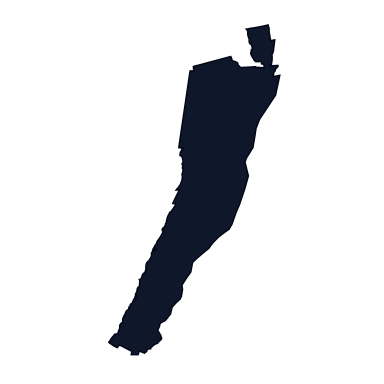 outline of Tifesti, Vrancea, Romania, rotated 256°
{"feature_id": "2599482B98306126779163", "entity_name": "Tifesti", "entity_type": "district", "adm_level": 2, "iso_a3": "ROU", "parent_name": "Romania", "parent_adm1": "Vrancea", "projection": "orthographic", "projection_center": [27.087, 45.862], "detail": "fine", "context": "isolated", "style": "filled", "palette": "ink", "viewbox_px": 384, "rotation_deg": 256, "n_neighbors": 0, "source": "geoboundaries", "source_scale": "gbopen_adm2", "svg_char_len": 5887}
<svg xmlns="http://www.w3.org/2000/svg" viewBox="0 0 384 384"><g transform="rotate(256 192 192)"><path d="M284.0,305.4L284.2,298.5L284.7,298.9L286.0,299.5L287.6,300.0L288.2,300.3L288.5,300.7L288.8,301.4L289.7,302.0L290.8,302.5L293.1,305.9L294.0,306.0L295.5,298.4L296.2,298.7L296.2,299.6L298.1,300.6L300.3,301.4L301.2,301.9L302.5,302.0L303.9,302.6L304.7,302.5L305.8,302.7L306.5,303.5L307.4,303.8L308.4,304.8L319.6,309.1L319.8,304.9L328.9,305.6L332.9,306.5L334.1,306.0L335.5,306.4L335.7,306.2L335.7,302.0L336.2,293.1L336.6,289.1L336.9,284.0L335.0,285.0L333.1,284.7L331.8,284.2L328.2,284.2L326.5,284.5L324.5,283.9L323.6,283.8L322.8,283.8L322.2,283.9L320.9,284.9L320.4,285.2L319.2,285.4L318.0,285.3L317.8,285.4L317.7,285.6L317.2,285.6L316.2,285.2L316.0,284.2L312.0,282.4L309.6,282.9L307.5,283.4L307.5,283.6L306.5,283.9L306.0,283.9L304.4,284.4L303.2,285.3L302.8,286.3L302.4,287.8L302.3,289.8L301.9,290.5L301.6,290.6L299.5,290.5L299.2,290.9L299.0,292.2L298.7,292.2L298.6,292.5L295.4,292.4L295.4,292.1L295.6,290.7L296.1,288.3L296.4,288.1L297.0,286.2L297.0,285.7L297.2,284.7L297.2,283.9L297.3,283.8L298.2,284.0L300.2,273.0L300.3,273.0L300.5,271.9L300.6,271.4L300.7,270.3L300.9,269.3L301.0,269.1L301.6,269.0L303.6,267.7L304.3,267.4L306.0,267.5L306.4,267.3L307.1,266.8L307.6,265.9L307.9,265.7L308.5,264.6L309.0,264.1L309.4,263.3L309.7,262.9L309.9,262.8L311.8,262.7L313.0,262.7L314.1,262.3L313.5,229.1L313.6,224.9L313.3,224.9L313.2,223.6L310.8,223.3L310.1,223.4L309.5,223.6L309.0,223.7L309.9,219.4L238.3,189.9L237.7,191.1L237.4,192.0L236.8,193.4L236.6,193.7L235.8,192.6L234.7,191.6L233.8,190.9L233.4,190.4L232.5,189.9L231.4,189.6L230.8,189.1L230.2,189.3L229.7,189.8L229.3,190.5L228.9,190.7L226.8,191.0L225.8,190.8L224.1,190.8L223.5,190.7L222.8,190.3L222.0,189.3L220.2,189.2L219.4,189.3L218.7,189.2L217.8,188.4L217.1,188.5L215.3,188.9L215.1,188.6L214.6,188.2L214.1,188.1L212.9,187.4L211.5,186.5L210.0,186.5L207.9,186.0L206.9,185.4L206.2,185.4L204.7,184.4L204.6,184.2L204.0,183.9L203.9,183.7L202.9,183.1L202.0,182.5L201.1,181.5L200.9,181.0L200.6,180.8L199.6,179.8L198.7,178.2L197.7,177.1L197.2,180.3L188.1,172.6L186.3,171.1L185.5,170.6L184.5,172.7L184.3,173.0L183.4,172.9L182.7,172.3L181.7,171.0L180.5,169.8L179.0,167.9L178.6,167.6L178.1,167.6L178.0,167.4L178.2,167.1L177.9,166.5L177.7,166.4L177.2,166.7L177.3,166.3L177.7,165.7L177.2,165.5L176.8,164.7L175.8,164.4L175.5,163.7L175.0,163.2L174.6,163.0L174.4,162.7L173.8,162.3L172.4,161.4L171.7,161.2L171.1,160.8L170.2,161.1L170.2,160.9L170.5,160.5L170.4,160.3L169.9,160.3L169.1,160.0L168.0,159.2L167.9,158.9L167.4,159.0L167.3,158.8L167.3,158.6L166.1,158.0L164.4,156.1L164.0,155.9L164.2,155.6L164.1,155.2L163.6,154.7L163.5,154.4L163.2,154.2L162.7,154.0L161.7,153.8L161.5,154.0L161.2,154.9L161.1,155.0L160.3,154.2L159.0,153.2L156.7,151.0L156.2,150.5L154.8,149.1L154.5,148.6L153.9,148.4L153.8,147.8L152.9,146.7L152.4,146.2L150.5,145.0L149.9,144.2L148.4,142.5L147.5,142.1L147.2,141.5L146.5,140.9L146.1,140.3L145.8,140.2L145.8,140.5L145.8,141.0L145.7,141.2L145.5,142.1L145.2,142.8L144.7,143.3L144.4,143.7L144.2,143.7L144.2,143.4L144.4,142.9L144.8,142.3L144.9,141.9L144.7,141.4L144.1,141.7L143.9,141.6L143.8,141.3L144.6,140.3L144.8,140.0L144.8,139.8L144.0,139.1L142.9,138.8L142.9,138.4L142.2,137.7L141.7,138.0L140.8,137.7L140.2,137.2L139.4,137.1L139.0,136.6L137.6,135.5L136.7,134.4L136.2,134.0L135.5,133.7L135.4,132.9L135.0,131.9L134.2,131.0L133.0,130.1L130.6,129.1L130.0,129.0L129.3,129.1L129.1,129.0L128.6,128.6L128.0,128.3L126.6,127.8L125.9,127.2L125.2,126.3L124.4,124.7L122.7,123.2L122.1,123.4L121.8,122.8L120.5,122.0L120.3,121.8L120.0,120.6L119.7,119.7L119.3,120.0L118.7,119.7L117.5,119.7L117.0,119.4L114.1,118.4L113.2,117.9L112.9,117.4L112.4,117.4L112.3,117.0L112.5,116.7L112.1,116.4L112.1,116.0L112.0,115.9L111.5,115.6L110.3,115.6L110.1,115.4L110.2,114.9L109.8,114.8L109.7,115.1L109.1,114.8L108.8,114.9L108.7,114.9L108.8,114.6L108.3,114.2L108.0,114.5L107.9,114.4L108.0,113.8L107.2,113.2L107.0,112.7L106.8,112.7L106.5,113.0L105.9,112.9L105.7,112.2L105.1,112.0L104.6,112.4L104.3,112.5L104.3,112.2L104.4,111.6L103.6,111.0L103.3,111.2L103.3,111.9L103.1,111.9L102.7,111.4L102.6,111.0L102.3,110.9L102.2,110.8L102.4,110.4L102.4,109.9L101.8,109.7L101.5,109.3L101.2,109.2L100.9,108.9L100.5,108.7L100.4,108.5L100.4,108.2L99.0,107.6L98.7,107.1L98.5,106.5L98.3,106.3L98.4,105.9L97.8,105.5L97.5,105.5L97.3,105.2L97.3,104.8L97.2,104.8L96.7,104.9L96.4,104.2L96.1,103.9L95.5,102.9L95.2,102.8L94.9,102.9L94.7,102.6L94.3,102.4L93.8,103.1L93.7,102.9L93.6,102.0L92.6,99.8L92.2,99.3L91.1,98.4L89.6,97.4L87.6,95.5L85.5,94.0L84.6,93.7L84.3,93.9L83.9,93.8L83.3,93.8L82.0,92.9L81.5,92.4L82.1,91.9L81.5,91.2L81.0,90.5L80.0,89.5L79.3,89.4L78.0,89.1L76.8,88.6L76.3,88.2L75.5,87.5L75.2,87.3L74.9,87.3L74.4,87.0L73.7,86.3L73.0,86.0L72.5,85.9L72.1,86.0L72.0,85.7L72.5,84.6L72.6,83.9L72.4,83.3L72.4,83.1L72.7,82.4L71.9,81.8L70.6,79.8L69.2,78.0L67.5,76.4L66.4,74.9L65.2,75.6L63.5,77.3L62.1,78.4L59.3,81.4L59.1,81.8L59.2,82.0L59.6,82.7L60.0,83.2L61.3,84.3L60.8,84.8L60.4,85.5L51.8,95.2L51.7,95.3L50.7,94.5L48.9,93.7L47.2,100.3L47.5,100.6L48.4,101.2L49.6,101.7L50.4,102.4L47.4,106.6L47.1,106.9L47.7,107.8L47.9,108.7L48.0,108.9L48.5,109.5L49.2,110.0L50.2,111.0L50.3,112.0L50.0,112.8L49.9,114.0L50.6,114.1L51.1,114.8L52.4,117.3L53.2,119.2L53.4,120.6L53.6,122.0L54.6,123.2L55.6,125.1L56.4,126.4L57.1,127.1L57.4,126.9L58.8,127.1L61.0,126.9L62.7,126.2L64.5,125.8L65.5,125.3L66.3,125.5L67.6,126.4L70.0,128.3L71.6,128.7L72.2,129.6L72.9,131.0L73.3,133.4L74.1,135.6L76.8,138.9L78.8,141.6L85.1,144.9L88.2,149.5L91.0,154.5L93.2,156.4L99.6,159.2L104.1,159.7L110.1,166.1L114.7,171.5L123.5,175.5L126.1,180.0L129.3,186.3L133.2,194.5L137.5,199.7L142.0,207.0L144.8,213.4L146.9,218.9L150.9,222.8L161.6,229.9L168.6,235.2L182.2,243.9L194.0,250.6L207.9,250.6L211.6,252.8L220.4,261.9L229.8,266.0L238.2,269.5L246.1,275.0L265.8,296.5L284.0,305.4Z" fill="#0f172a" stroke="#020617" stroke-width="1.5"/></g></svg>